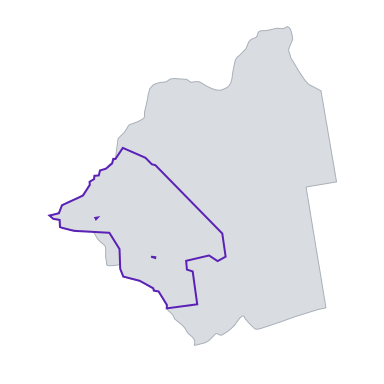 Botswana, with Central highlighted, rotated 173°
{"feature_id": "BWA-2630", "entity_name": "Central", "entity_type": "District", "adm_level": 1, "iso_a3": "BWA", "parent_name": "Botswana", "parent_adm1": "", "projection": "albers", "projection_center": [27.183, -21.474], "detail": "coarse", "context": "in_parent", "style": "outline", "palette": "violet", "viewbox_px": 384, "rotation_deg": 173, "n_neighbors": 0, "source": "natural_earth", "source_scale": "10m", "svg_char_len": 3374}
<svg xmlns="http://www.w3.org/2000/svg" viewBox="0 0 384 384"><g transform="rotate(173 192 192)"><path d="M208.4,39.7L207.8,41.4L207.4,43.8L208.0,45.6L209.3,47.9L211.1,50.0L212.5,51.3L214.2,54.3L215.9,58.2L218.1,61.2L224.6,68.0L225.4,70.5L226.3,72.9L230.3,77.6L231.0,79.1L230.7,82.3L234.9,91.9L237.7,97.5L239.9,98.5L247.3,104.4L253.7,109.2L261.2,112.4L266.6,114.5L269.3,116.1L270.7,117.6L271.8,120.5L272.4,125.4L272.5,128.7L278.4,128.5L283.3,128.9L285.0,129.5L285.6,130.4L285.4,132.6L285.5,135.7L285.7,138.3L285.2,141.0L284.8,144.2L284.6,148.2L285.3,149.7L290.0,154.8L291.9,158.0L294.0,163.0L295.2,164.5L296.2,165.2L300.4,165.7L311.2,167.9L317.9,169.8L323.1,171.8L325.3,172.4L326.4,172.9L326.8,173.4L326.1,177.7L326.3,179.0L326.8,180.3L327.7,181.3L328.8,181.9L332.8,182.4L335.2,185.0L336.7,186.2L329.5,186.8L325.9,188.9L323.7,192.8L320.4,195.6L316.0,197.4L311.3,198.6L306.3,199.2L301.0,202.5L295.4,208.5L292.5,212.2L292.4,213.8L291.2,215.1L288.8,216.2L287.4,217.6L287.1,219.2L285.8,220.0L283.6,219.9L282.0,221.0L281.1,223.4L279.1,224.9L276.1,225.4L273.5,226.7L271.3,228.9L269.6,230.0L268.4,230.1L266.5,231.8L263.5,236.1L263.0,238.0L258.9,253.9L256.7,255.8L252.3,259.1L248.8,263.0L247.3,265.3L245.7,266.4L237.6,268.3L234.6,269.4L231.0,270.9L230.1,272.3L229.3,277.2L226.8,284.2L224.9,289.4L223.6,293.9L221.4,299.5L219.4,301.4L217.2,303.2L214.3,304.0L210.3,304.6L206.7,304.5L203.9,304.6L200.0,306.7L196.4,306.9L190.6,305.8L185.9,304.8L183.8,304.6L179.6,301.0L176.9,301.1L172.8,300.9L170.6,300.1L168.4,298.3L163.7,294.7L159.2,291.9L155.1,290.2L151.4,289.5L147.9,290.3L145.1,291.2L144.1,291.6L142.0,293.2L139.9,296.1L138.2,300.7L137.6,303.5L135.8,309.5L133.3,316.7L132.1,318.8L130.7,320.3L128.4,321.7L121.0,327.6L117.4,334.1L115.1,336.0L112.2,337.0L109.8,337.6L108.5,338.7L107.1,341.9L105.9,343.1L104.4,343.6L100.1,343.4L98.7,343.1L87.3,344.2L83.8,343.3L81.3,343.0L77.4,344.5L75.8,343.7L74.3,341.1L73.5,335.7L73.5,331.2L75.5,327.7L77.1,325.1L78.7,321.7L78.9,320.2L78.5,318.9L78.0,316.2L77.7,313.5L75.0,307.5L71.6,299.6L67.2,290.8L65.8,288.4L63.0,284.6L53.1,277.7L51.6,276.7L51.6,275.9L51.3,268.7L50.8,259.2L50.4,249.7L49.9,240.2L49.5,230.6L49.0,221.1L48.6,211.6L48.1,202.0L47.7,192.5L47.3,184.4L54.3,184.1L63.0,183.7L73.3,183.3L77.9,183.1L78.1,181.8L77.9,175.9L77.3,162.4L76.8,148.8L76.2,135.2L75.7,121.6L75.1,108.1L74.5,94.5L74.0,81.0L73.4,67.4L73.2,60.7L81.3,60.0L90.7,58.3L105.8,55.5L119.9,52.3L129.1,50.4L140.1,48.2L143.9,47.8L144.9,48.0L146.4,48.6L151.7,55.3L155.0,60.4L155.7,62.6L156.3,62.8L157.8,62.4L159.4,61.5L164.5,56.3L165.5,54.9L168.8,52.4L172.8,49.7L176.4,47.9L180.0,46.3L181.7,46.6L183.7,47.9L185.4,48.7L193.6,42.3L197.3,40.8L207.1,39.5L208.4,39.7Z" fill="#d9dde1" stroke="#a8b0b8" stroke-width="1"/><path d="M231.2,79.6L230.7,83.0L237.3,97.4L241.9,98.7L242.2,101.2L254.8,110.3L270.5,116.4L272.6,124.4L270.9,144.2L279.0,161.6L313.8,167.8L325.0,172.1L327.3,173.3L326.8,180.4L332.9,182.2L336.3,186.0L326.7,187.1L322.7,194.7L300.6,201.8L292.6,211.5L292.4,214.6L287.6,216.8L286.9,220.0L282.5,219.8L280.7,224.6L274.6,225.6L267.8,230.1L266.1,234.5L264.0,234.1L255.3,244.2L234.0,231.6L228.5,224.4L225.1,223.1L167.0,147.1L166.5,123.7L175.0,120.3L182.8,126.9L206.2,124.4L206.5,115.6L201.0,113.1L200.5,79.9L231.2,79.6ZM240.5,132.8L236.6,131.0L236.4,131.8L240.5,132.8ZM288.8,178.2L291.1,178.1L290.6,176.7L288.8,178.2Z" fill="none" stroke="#5b21b6" stroke-width="2"/></g></svg>